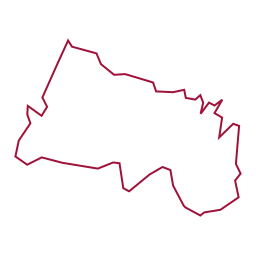 the district of Charles City, Virginia, United States of America
{"feature_id": "52423323B29460047799431", "entity_name": "Charles City", "entity_type": "district", "adm_level": 2, "iso_a3": "USA", "parent_name": "United States of America", "parent_adm1": "Virginia", "projection": "robinson", "projection_center": [-77.041, 37.362], "detail": "fine", "context": "isolated", "style": "outline", "palette": "rose", "viewbox_px": 256, "rotation_deg": 0, "n_neighbors": 0, "source": "geoboundaries", "source_scale": "gbopen_adm2", "svg_char_len": 743}
<svg xmlns="http://www.w3.org/2000/svg" viewBox="0 0 256 256"><path d="M200.3,215.5L204.3,212.4L220.4,209.8L238.6,197.3L235.1,180.5L240.6,173.6L235.9,163.9L239.1,125.9L233.2,123.8L219.2,137.4L222.1,117.6L214.5,113.1L222.3,99.7L214.5,105.5L209.0,102.6L200.6,113.8L203.2,102.7L200.3,95.2L195.3,99.6L185.8,97.9L184.2,89.8L173.0,92.2L156.1,91.4L153.1,82.5L125.1,74.1L114.1,74.8L101.0,64.2L96.5,53.4L72.0,46.7L68.1,40.5L56.6,65.6L42.4,97.5L47.1,106.8L41.6,115.8L27.8,105.9L27.3,114.6L30.4,123.3L18.8,140.5L15.4,156.5L27.2,164.7L41.7,157.4L62.3,162.8L97.8,168.6L113.1,162.5L119.5,163.2L123.3,188.2L129.1,191.3L149.7,174.4L162.5,167.0L170.4,170.0L173.1,185.6L183.8,205.8L185.4,207.4L200.3,215.5Z" fill="none" stroke="#9f1239" stroke-width="2"/></svg>